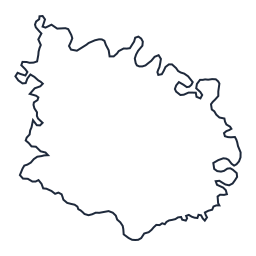 Bandeirantes, Paraná, Brazil
{"feature_id": "56859067B46104527016963", "entity_name": "Bandeirantes", "entity_type": "district", "adm_level": 2, "iso_a3": "BRA", "parent_name": "Brazil", "parent_adm1": "Paraná", "projection": "orthographic", "projection_center": [-50.339, -23.154], "detail": "fine", "context": "isolated", "style": "outline", "palette": "slate", "viewbox_px": 256, "rotation_deg": 0, "n_neighbors": 0, "source": "geoboundaries", "source_scale": "gbopen_adm2", "svg_char_len": 3466}
<svg xmlns="http://www.w3.org/2000/svg" viewBox="0 0 256 256"><path d="M226.9,194.2L225.8,190.2L223.2,187.6L217.0,184.8L215.7,181.2L219.4,180.8L222.4,182.7L225.4,184.5L229.1,185.3L232.6,183.5L235.0,180.2L237.1,176.9L236.7,173.1L232.8,169.7L230.3,168.3L227.4,168.6L224.0,170.9L221.0,171.6L217.2,171.1L214.2,168.9L213.3,163.0L218.3,160.1L223.3,158.3L226.1,158.6L228.5,159.8L231.6,163.8L234.1,165.6L236.5,164.3L239.0,161.4L240.5,157.4L240.6,152.4L238.0,146.1L237.2,142.3L236.3,139.6L234.9,137.0L230.9,137.3L227.9,137.1L224.9,136.2L224.0,133.1L226.4,131.1L229.1,130.1L231.4,128.8L230.1,126.7L226.4,124.5L225.0,121.6L224.4,118.5L219.4,117.5L216.3,114.7L214.3,111.3L211.8,109.5L211.0,104.2L212.8,101.8L215.0,99.7L218.3,96.0L218.3,91.3L219.4,83.6L218.2,81.4L215.8,79.3L212.2,79.1L208.2,79.7L205.1,79.4L202.6,79.9L200.0,79.9L196.9,84.0L196.2,88.3L200.3,92.0L202.2,95.0L200.4,98.4L196.5,96.8L195.8,92.7L191.5,92.6L188.5,92.6L183.8,94.7L180.4,95.0L176.1,91.6L174.9,89.0L176.2,85.4L178.9,82.1L183.4,84.7L186.8,87.1L189.3,86.7L191.4,84.8L192.7,82.1L188.1,76.3L184.2,73.6L180.7,72.5L178.1,71.0L176.1,68.1L172.0,64.4L168.9,64.4L165.5,67.0L163.6,71.1L161.8,74.2L158.3,74.9L157.4,72.1L158.3,69.5L159.4,67.2L160.3,62.7L160.9,58.9L158.6,55.2L154.6,56.8L151.3,60.8L148.2,63.2L145.5,65.4L142.4,66.4L139.3,66.4L136.9,65.4L135.7,63.1L134.8,58.5L136.1,54.5L138.1,50.8L142.4,45.7L142.8,41.6L141.2,38.6L138.4,36.6L135.2,37.7L134.1,41.6L132.6,43.9L129.9,48.2L126.9,48.6L123.6,48.5L118.7,51.1L117.0,53.5L113.7,56.4L109.6,56.4L108.7,50.3L105.9,45.0L104.4,40.8L101.8,39.4L99.1,39.3L94.9,40.3L88.6,43.0L86.5,44.7L76.9,50.7L71.0,49.6L69.0,46.0L71.0,41.7L72.3,38.3L71.3,35.0L69.8,32.1L68.2,29.1L65.4,28.2L57.2,28.6L51.5,24.7L45.5,27.6L42.6,26.6L45.0,19.4L42.6,16.0L39.5,16.3L39.2,19.2L36.1,21.5L35.0,24.6L35.8,27.3L39.1,31.1L41.4,33.5L38.3,39.4L40.8,45.0L39.5,48.2L38.6,51.6L38.3,55.0L37.1,61.4L33.6,62.6L29.6,62.8L26.6,62.0L22.5,61.9L21.3,65.2L25.2,69.1L27.4,72.0L25.4,75.5L20.5,74.0L17.6,72.8L15.4,76.3L18.3,80.4L22.5,83.4L25.7,83.1L27.4,78.5L30.4,74.5L34.4,76.9L38.3,80.4L40.6,81.7L42.8,83.7L40.3,86.3L34.7,88.3L29.8,93.9L36.0,95.7L38.4,97.4L37.5,100.1L33.9,102.4L33.5,104.9L34.4,108.3L37.0,112.3L36.9,115.9L38.0,118.5L42.6,122.8L40.0,125.4L36.8,125.2L33.0,120.2L31.5,127.4L30.2,130.4L29.6,134.5L26.7,137.6L25.7,140.5L28.8,143.1L31.5,146.4L35.9,146.7L40.6,151.3L45.5,152.5L48.0,155.2L44.1,155.4L41.5,156.1L37.3,156.7L33.8,159.1L30.8,162.6L27.4,164.6L24.3,165.6L22.6,168.5L21.4,171.4L19.9,175.1L23.0,178.6L27.8,178.8L32.3,181.5L35.7,181.5L38.5,180.1L41.5,183.8L43.2,188.4L46.4,188.7L51.5,191.0L55.1,193.8L58.4,192.6L61.6,194.3L62.6,197.1L63.4,199.7L67.2,202.9L71.0,203.9L74.6,204.7L77.4,206.6L78.3,209.2L80.6,210.4L82.7,212.2L84.5,214.0L88.5,215.2L92.1,214.3L95.7,212.7L99.4,212.8L103.7,212.0L108.6,211.1L112.8,212.7L115.8,215.6L117.2,219.6L120.3,222.3L122.7,225.9L123.3,229.1L123.5,231.8L123.7,234.4L128.6,238.0L132.1,239.8L135.3,240.0L138.2,239.8L141.2,238.1L144.2,233.5L148.7,232.2L151.5,229.9L153.7,227.3L156.3,224.9L159.6,225.1L162.2,223.3L164.8,224.2L166.5,221.9L169.1,220.4L172.1,219.9L175.4,219.1L178.0,217.4L181.1,217.0L182.2,219.7L185.8,220.6L187.1,218.3L186.1,215.9L188.8,214.9L191.7,216.7L194.6,217.7L197.4,218.0L198.5,214.8L201.1,215.3L202.7,218.4L204.8,220.6L207.0,217.4L205.7,215.0L204.9,212.5L208.5,210.7L212.2,209.7L213.5,206.5L216.3,205.4L219.3,205.4L218.1,203.1L217.9,200.1L217.6,196.5L220.1,194.7L224.0,194.9L226.9,194.2Z" fill="none" stroke="#1e293b" stroke-width="2"/></svg>